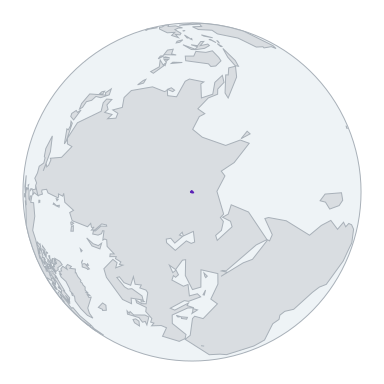 Khost on an orthographic globe, rotated 247°
{"feature_id": "AFG-1758", "entity_name": "Khost", "entity_type": "Province", "adm_level": 1, "iso_a3": "AFG", "parent_name": "Afghanistan", "parent_adm1": "", "projection": "orthographic", "projection_center": [69.796, 33.377], "detail": "fine", "context": "on_globe", "style": "filled", "palette": "violet", "viewbox_px": 384, "rotation_deg": 247, "n_neighbors": 0, "source": "natural_earth", "source_scale": "10m", "svg_char_len": 11071}
<svg xmlns="http://www.w3.org/2000/svg" viewBox="0 0 384 384"><g transform="rotate(247 192 192)"><circle cx="192" cy="192" r="169" fill="#eef3f6" stroke="#a8b0b8"/><path d="M226.2,26.5L228.1,27.3L241.4,32.6L249.4,35.2L244.6,34.3L262.5,40.4L272.1,45.9L258.8,39.2L255.6,38.3L261.0,41.6L258.9,41.4L260.3,43.0L257.2,42.7L249.7,39.3L247.6,39.2L251.5,41.6L251.0,43.1L245.5,39.5L244.0,42.0L231.1,37.8L219.0,30.4L209.4,29.5L190.5,26.0L189.8,26.8L182.2,26.6L178.6,27.5L176.1,27.0L175.4,28.3L178.3,28.6L179.0,29.3L177.1,30.1L173.7,29.4L174.1,29.0L172.1,29.2L171.2,28.6L170.6,29.3L166.6,28.7L167.7,30.5L162.2,31.0L160.3,30.3L164.2,28.9L169.4,25.3L168.7,24.9L163.8,25.5L146.8,29.3L144.4,29.9L155.8,27.0L167.4,24.8L179.2,23.5L191.0,23.0L202.8,23.4L214.5,24.5L226.2,26.5ZM138.2,31.8L142.6,30.5L140.4,31.6L146.0,30.3L145.9,30.8L150.3,30.5L145.7,32.3L138.8,34.4L134.9,34.9L131.8,36.0L132.2,37.2L122.0,40.4L109.8,46.6L107.6,47.5L109.0,45.5L117.2,40.6L118.0,40.1L138.2,31.8ZM116.0,41.1L113.8,42.3L109.1,44.8L116.0,41.1ZM105.2,47.0L103.7,48.0L104.1,47.8L101.4,49.4L102.8,48.5L105.2,47.0ZM255.7,37.4L252.5,35.8L256.3,37.4L255.7,37.4ZM261.0,43.3L262.5,43.9L262.6,44.6L261.0,43.3ZM152.6,29.6L151.4,30.0L151.2,29.8L152.6,29.6ZM155.5,29.1L156.0,28.6L157.5,28.3L157.1,28.7L155.5,29.1ZM258.0,44.8L257.6,45.8L256.7,44.1L258.0,44.8ZM154.5,29.9L160.0,28.0L162.6,27.6L163.4,28.6L154.5,29.9ZM256.5,46.1L255.7,49.2L259.1,50.6L248.9,48.8L253.0,46.5L251.4,44.0L254.2,45.7L256.5,46.1ZM180.1,28.4L176.9,28.1L181.3,27.8L180.1,28.4ZM182.7,28.1L195.4,26.7L199.2,27.8L194.2,27.9L200.5,29.1L196.2,30.3L191.8,29.9L190.1,28.8L189.7,30.1L182.7,28.1ZM243.5,47.5L242.1,47.9L242.1,46.9L243.5,47.5ZM179.6,29.6L181.8,29.1L185.3,30.0L181.5,31.2L181.6,30.5L179.6,29.6ZM204.3,29.0L206.3,30.1L203.3,31.2L203.6,31.8L196.4,30.4L204.3,29.0ZM179.9,30.7L179.5,31.8L176.2,32.1L177.7,30.2L179.9,30.7ZM187.8,29.8L189.3,30.3L187.2,30.4L187.8,29.8ZM164.1,34.4L166.7,33.5L168.7,33.8L164.1,34.4ZM179.6,32.2L180.7,32.1L181.8,32.2L180.9,33.1L179.6,32.2ZM194.8,31.4L193.2,31.8L197.6,32.1L195.6,33.2L191.2,32.1L192.2,33.0L191.6,33.4L188.7,32.2L194.8,31.4ZM183.3,34.3L176.9,33.8L171.7,35.2L169.8,34.9L178.5,32.7L183.3,34.3ZM186.7,33.1L184.1,33.8L183.0,32.9L184.1,32.0L186.7,33.1ZM195.8,34.4L200.1,33.0L200.9,33.3L195.8,34.4ZM182.0,34.9L183.5,35.0L181.7,35.1L182.0,34.9ZM191.8,34.7L193.2,34.0L194.1,34.4L191.8,34.7ZM185.5,36.0L183.4,35.7L184.1,35.0L185.5,36.0ZM188.5,35.5L189.4,36.2L185.5,34.9L189.0,35.1L188.5,35.5ZM192.4,35.1L193.4,35.1L191.7,35.3L192.4,35.1ZM184.2,39.1L179.1,37.7L180.5,36.0L185.3,37.5L184.2,39.1ZM26.1,188.8L28.8,160.2L31.8,154.4L35.5,144.3L59.1,128.1L60.7,134.3L75.3,143.0L76.6,145.9L71.1,152.8L79.1,171.7L86.1,167.5L97.1,179.9L106.8,183.9L116.9,169.9L101.0,163.0L102.0,154.3L117.7,153.2L132.2,159.7L133.0,156.6L127.0,146.6L133.5,142.6L125.3,142.8L126.3,146.8L121.1,147.2L119.9,143.6L122.3,142.2L118.8,139.1L108.6,147.3L108.4,152.2L97.4,149.0L96.2,157.2L92.1,159.0L92.7,146.1L95.0,142.5L93.5,126.6L90.0,130.0L91.2,145.4L89.4,143.1L84.7,148.5L86.9,142.7L86.5,125.7L78.7,122.5L63.2,130.8L59.8,128.4L59.5,121.9L70.7,108.5L77.0,115.5L81.1,111.5L84.6,102.5L86.2,105.7L88.4,103.1L91.2,105.6L100.0,102.7L103.6,104.8L111.6,97.8L114.5,98.1L108.9,102.0L107.0,106.1L116.6,111.9L119.7,111.3L124.1,106.5L126.2,109.0L129.3,103.6L137.0,105.0L130.1,99.1L135.1,94.0L142.3,92.0L142.7,89.4L131.1,92.8L127.6,95.2L126.5,98.9L115.9,105.4L111.6,104.8L118.1,94.5L112.8,92.7L120.2,86.1L146.9,79.9L155.8,80.9L160.9,92.9L156.2,95.4L152.0,92.1L151.7,99.8L153.7,96.9L155.4,99.2L160.6,95.5L162.1,97.0L164.6,91.1L167.0,92.5L165.4,96.2L175.1,92.6L181.3,94.8L182.8,93.3L182.6,91.1L190.6,95.8L191.3,94.5L189.0,92.5L189.0,88.7L192.1,84.2L194.7,86.0L193.9,87.9L196.2,94.9L193.8,100.1L195.1,100.4L197.9,96.4L195.1,87.8L196.2,84.5L198.2,88.3L197.6,86.7L199.0,85.7L202.7,86.5L200.8,82.3L212.4,70.5L220.9,71.4L221.4,75.8L232.2,70.9L240.9,73.4L238.7,71.3L242.4,68.3L239.8,67.4L239.0,66.3L247.4,59.1L251.3,59.2L252.5,54.8L251.4,53.9L248.5,53.5L248.9,48.8L259.1,50.6L261.1,52.5L266.1,52.7L269.9,57.2L275.4,61.4L276.6,66.9L280.9,70.1L282.3,69.9L289.2,74.5L298.2,85.4L284.4,77.4L269.6,63.3L275.1,68.9L271.9,68.1L272.7,70.5L276.7,74.7L278.4,74.8L274.9,85.5L280.7,99.2L285.0,96.1L290.2,98.4L300.5,113.6L301.8,139.9L308.8,145.1L310.9,149.7L308.5,154.4L305.4,147.7L300.8,147.0L299.4,142.7L294.6,148.7L292.4,142.9L289.7,150.8L293.4,154.5L298.5,151.1L297.1,160.9L305.5,166.4L309.1,175.8L304.2,196.8L295.2,205.9L295.2,209.1L290.2,207.2L285.7,215.0L296.6,229.0L297.0,233.8L288.7,245.9L288.1,242.4L274.9,237.4L273.9,249.3L284.0,255.9L287.5,265.5L280.4,264.3L276.7,255.9L272.0,253.8L272.2,243.7L266.3,229.9L259.1,234.4L258.6,228.2L249.4,217.1L238.4,222.9L221.7,241.2L221.0,256.7L214.5,263.7L202.6,242.3L199.8,227.1L193.9,228.6L182.9,215.2L159.3,212.5L157.4,208.1L152.7,209.4L145.2,204.1L142.8,196.8L137.6,196.3L144.3,215.3L150.0,216.0L156.8,210.3L157.5,216.7L164.9,223.1L151.5,236.2L118.9,242.4L118.2,230.5L106.1,192.7L107.9,189.3L107.9,188.9L107.9,188.1L104.3,193.2L103.0,185.8L106.8,211.5L106.4,221.4L118.4,243.0L116.7,244.3L121.3,249.2L139.1,248.7L138.6,252.5L128.7,267.5L106.3,283.3L110.7,298.0L111.6,308.7L100.8,311.4L105.0,319.7L99.9,319.9L101.8,324.0L99.5,326.1L94.6,326.2L82.7,319.2L79.3,315.2L69.4,304.2L54.5,279.5L54.7,272.0L52.6,263.7L44.3,239.8L45.9,230.8L44.3,224.8L40.7,222.3L39.2,214.9L37.3,212.6L27.4,200.9L26.1,188.8ZM47.0,140.2L45.4,143.0L47.0,140.2ZM144.9,174.9L155.2,177.9L154.9,166.9L158.8,167.3L157.3,163.6L154.8,166.1L151.7,156.2L157.7,154.4L158.7,149.9L155.3,148.8L144.8,153.8L149.2,167.7L145.0,171.2L144.9,174.9ZM108.0,45.4L107.7,45.6L105.2,47.1L105.7,46.8L107.2,45.9L108.0,45.4ZM98.8,52.2L94.6,54.8L97.9,52.6L97.6,52.4L104.2,47.9L106.8,47.7L104.5,48.5L98.8,52.2ZM113.8,42.5L109.3,44.9L114.1,42.3L113.8,42.5ZM97.7,87.9L97.2,90.6L93.8,92.7L89.2,91.3L94.1,88.0L97.7,87.9ZM97.1,94.1L104.8,84.9L108.0,85.8L104.9,86.8L106.2,88.3L101.6,90.3L97.1,100.7L93.8,103.4L87.2,98.5L91.1,98.4L91.5,95.6L97.1,94.1ZM119.0,63.7L122.4,60.7L124.8,66.3L121.4,68.5L116.6,66.9L117.9,63.4L119.0,63.7ZM154.8,32.5L156.0,31.8L156.9,31.8L156.8,32.5L154.8,32.5ZM165.2,34.0L150.9,36.1L151.4,35.2L142.4,38.0L140.4,37.0L146.3,35.1L138.0,36.7L142.6,34.6L136.7,36.1L150.2,32.0L153.9,30.6L150.5,32.5L152.2,33.4L154.1,33.4L162.3,32.3L171.2,30.1L174.4,31.0L174.2,32.2L172.5,32.9L171.0,32.0L169.9,33.6L166.4,32.8L165.2,34.0ZM170.6,51.9L169.5,49.7L166.7,54.5L163.2,53.0L163.1,53.7L159.0,53.8L154.0,55.2L152.9,54.2L151.4,55.2L148.7,55.4L146.3,56.5L143.5,55.3L140.3,56.6L140.9,55.3L136.1,58.0L138.4,55.5L135.2,55.9L134.6,58.1L125.9,50.7L120.4,50.2L114.6,51.5L119.4,47.5L128.0,44.1L137.5,41.9L142.1,43.2L143.5,41.4L146.1,41.6L143.9,42.9L148.8,41.0L150.3,41.6L158.9,41.0L164.9,38.3L168.2,38.2L166.6,39.6L171.0,38.6L170.2,41.1L172.5,41.2L174.1,44.0L169.7,46.8L172.6,46.7L173.9,49.1L170.6,51.9ZM184.4,39.9L179.9,43.2L175.8,44.1L174.8,39.0L172.8,38.5L172.0,35.7L178.0,34.5L177.7,35.4L178.8,36.0L176.5,36.1L179.1,36.5L178.7,37.8L180.7,38.5L178.7,39.3L184.4,39.9ZM80.2,144.5L81.6,145.9L84.3,147.3L81.3,151.0L80.2,144.5ZM79.7,132.9L81.3,133.4L78.4,138.8L77.0,137.4L79.7,132.9ZM84.6,129.3L81.6,133.0L82.4,130.2L84.6,129.3ZM110.6,102.3L112.6,102.8L111.9,104.1L109.7,105.3L110.6,102.3ZM161.3,67.5L161.4,65.7L162.6,65.4L165.9,61.7L168.7,62.7L167.9,65.4L161.3,67.5ZM112.8,171.4L108.6,173.2L107.8,171.2L109.4,170.9L112.8,171.4ZM93.1,162.0L96.5,166.2L92.3,163.0L93.1,162.0ZM165.0,68.0L166.0,66.3L166.8,67.9L165.0,68.0ZM171.0,63.3L172.3,64.9L169.5,62.4L171.0,63.3ZM190.3,359.3L192.9,359.7L190.0,359.7L190.3,359.3ZM138.1,313.7L132.9,329.3L125.5,327.5L122.0,322.1L122.5,312.1L130.5,310.9L133.9,306.5L138.1,313.7ZM318.1,275.4L321.3,274.1L321.1,274.7L318.1,275.4ZM314.8,275.1L318.7,273.2L313.9,276.8L314.8,275.1ZM320.1,272.5L324.1,269.1L325.8,267.1L325.3,268.6L320.1,272.5ZM312.1,276.5L296.2,283.2L289.6,283.9L291.4,281.1L302.1,277.6L312.1,276.5ZM290.8,281.2L280.4,278.0L264.4,262.0L270.2,261.1L286.6,268.8L285.6,271.1L291.9,274.3L290.8,281.2ZM315.1,259.3L314.0,265.9L305.4,269.2L301.4,269.9L298.7,263.1L300.2,258.4L303.6,257.2L315.3,237.5L319.7,238.9L316.4,246.7L319.9,250.5L315.1,259.3ZM221.9,258.0L226.4,266.5L222.8,268.2L221.9,258.0ZM319.0,225.0L315.0,233.7L318.4,223.1L319.0,225.0ZM320.4,215.7L321.2,218.8L318.8,216.6L320.4,215.7ZM296.0,213.7L292.5,215.8L291.9,213.5L296.1,209.5L296.0,213.7ZM311.9,183.8L313.7,190.8L313.7,193.5L311.2,190.0L311.9,183.8ZM190.9,77.1L183.0,80.8L179.3,84.8L180.2,88.8L175.6,85.0L181.4,78.9L190.9,77.1ZM209.5,70.9L208.7,67.9L211.2,68.4L211.8,69.2L209.5,70.9ZM207.4,69.6L202.3,67.4L203.3,65.2L207.2,67.4L207.4,69.6ZM183.4,67.0L180.9,68.0L180.3,66.6L183.4,67.0ZM320.2,302.0L320.4,301.8L318.6,303.5L295.1,323.7L291.2,325.4L294.8,321.8L296.5,314.6L298.0,314.0L300.3,307.8L315.7,294.5L327.6,277.2L333.1,273.6L339.1,261.3L343.9,257.0L340.7,265.5L343.6,264.6L350.5,245.3L347.4,258.2L347.4,258.3L341.9,270.0L335.5,281.2L328.2,291.9L320.2,302.0ZM325.9,271.3L330.8,263.9L333.0,262.0L325.9,271.3ZM355.6,229.0L356.0,232.4L354.8,235.7L353.7,234.7L351.3,241.9L346.8,247.4L348.3,243.2L348.1,239.7L342.4,243.9L341.3,242.3L343.6,238.3L339.4,239.8L344.1,234.4L345.7,238.5L348.2,231.5L351.8,228.3L354.7,225.8L356.2,226.4L355.6,229.0ZM343.4,247.2L344.1,246.4L343.3,248.8L343.4,247.2ZM359.3,215.4L359.3,215.5L359.6,213.2L359.5,213.9L359.3,215.4ZM356.7,224.5L358.8,215.6L359.1,214.6L357.6,222.9L356.7,224.5ZM358.6,213.5L359.2,212.2L359.3,213.8L359.1,215.0L358.6,213.5ZM333.8,250.0L333.5,251.7L332.2,251.5L333.8,250.0ZM335.6,247.7L339.5,246.4L335.2,249.4L335.6,247.7ZM322.2,250.7L323.5,253.8L327.9,248.7L324.5,254.3L327.1,258.8L326.0,261.7L323.5,256.7L322.0,264.3L320.0,265.2L319.3,259.8L321.5,251.3L323.4,247.1L331.1,241.2L322.2,250.7ZM335.7,243.0L334.6,239.3L335.4,235.7L336.6,237.2L335.7,243.0ZM330.8,230.5L327.1,227.1L324.3,231.0L329.4,219.8L332.2,224.9L330.8,230.5ZM326.8,220.3L324.3,223.9L326.6,217.7L326.8,220.3ZM323.3,222.4L322.4,218.8L324.8,218.1L323.3,222.4ZM328.3,219.6L327.8,212.9L329.5,216.0L328.3,219.6ZM320.0,210.8L325.9,214.3L319.2,215.2L316.4,202.8L319.0,201.0L320.0,210.8ZM318.9,151.0L316.9,147.8L318.6,145.5L319.5,148.3L318.9,151.0ZM322.2,136.2L318.3,143.9L314.9,150.5L317.1,151.1L318.5,158.0L313.8,153.8L314.5,144.8L317.5,140.9L315.6,135.5L316.4,130.1L312.7,124.3L312.3,120.8L316.6,125.0L322.2,136.2ZM310.9,122.0L304.6,111.2L308.9,109.9L311.3,112.0L312.3,117.3L310.0,117.7L310.9,122.0ZM304.4,108.3L302.1,108.7L288.0,96.1L286.1,93.3L299.0,101.5L297.6,102.4L300.3,105.9L304.4,108.3ZM243.8,48.7L242.3,48.0L244.1,48.2L243.8,48.7ZM237.5,65.9L236.7,64.3L238.9,64.4L237.5,65.9ZM235.9,60.3L234.0,61.2L234.9,59.4L235.9,60.3ZM230.0,63.7L232.7,61.2L231.6,64.7L230.0,63.7Z" fill="#d9dde1" stroke="#a8b0b8" stroke-width="1"/><path d="M192.5,190.9L192.7,191.0L192.8,191.0L192.9,191.3L192.9,191.5L193.0,191.7L193.0,191.8L193.2,192.0L192.8,192.5L192.7,192.5L192.4,192.7L192.2,192.8L191.9,192.8L191.7,192.9L191.4,192.9L191.2,193.0L190.9,193.0L190.9,192.9L191.0,192.7L191.0,192.4L191.1,192.2L191.3,192.0L191.4,191.9L191.5,191.7L191.4,191.7L191.5,191.5L191.6,191.4L191.8,191.3L192.0,191.3L192.1,191.2L192.3,191.1L192.5,191.0L192.5,190.9Z" fill="#8b5cf6" stroke="#5b21b6" stroke-width="1.5"/></g></svg>